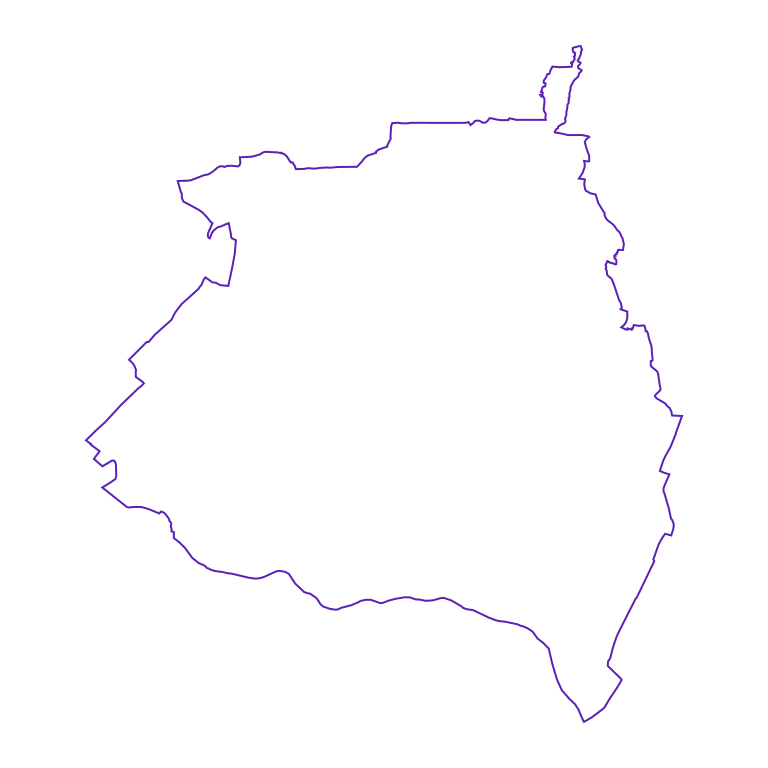 the district of Leordeni, Arges, Romania
{"feature_id": "2599482B56240389829929", "entity_name": "Leordeni", "entity_type": "district", "adm_level": 2, "iso_a3": "ROU", "parent_name": "Romania", "parent_adm1": "Arges", "projection": "equal_earth", "projection_center": [25.165, 44.787], "detail": "fine", "context": "isolated", "style": "outline", "palette": "violet", "viewbox_px": 768, "rotation_deg": 0, "n_neighbors": 0, "source": "geoboundaries", "source_scale": "gbopen_adm2", "svg_char_len": 6050}
<svg xmlns="http://www.w3.org/2000/svg" viewBox="0 0 768 768"><path d="M548.7,648.5L552.1,663.1L556.9,679.3L561.8,690.2L569.4,698.9L575.0,704.2L578.4,709.4L581.3,716.4L583.9,721.9L591.9,717.3L602.2,709.5L604.6,707.3L610.3,697.7L616.4,688.7L620.9,681.3L621.4,680.4L621.4,679.2L607.8,665.9L608.0,661.5L610.3,658.0L612.9,647.7L616.3,637.5L617.9,633.7L635.4,599.1L636.9,597.3L654.3,561.1L653.3,559.6L658.6,544.5L662.1,538.1L665.1,533.8L671.2,535.4L673.2,529.5L673.7,526.1L673.6,523.6L672.1,519.8L671.0,518.6L668.6,507.5L664.1,492.5L663.8,492.1L663.4,490.0L663.6,488.2L664.5,485.6L669.4,474.4L663.4,472.5L659.9,470.9L663.1,461.0L665.5,455.8L670.4,447.2L672.6,441.9L675.8,433.8L675.8,433.2L682.0,416.0L672.1,415.5L671.3,411.4L669.6,407.9L667.3,406.1L665.2,403.4L657.4,398.9L655.0,396.7L655.1,395.6L655.7,394.6L660.1,390.4L660.5,389.1L660.4,388.2L659.7,384.7L658.2,374.4L657.5,372.1L657.2,371.5L651.5,366.7L650.7,365.3L650.8,361.1L652.4,360.7L652.6,358.6L651.8,351.8L651.8,348.8L651.0,344.3L650.2,342.6L648.6,337.2L648.1,334.1L647.1,331.4L645.6,331.2L645.4,328.6L644.4,325.6L643.7,325.4L639.2,325.9L633.7,325.1L632.9,328.3L631.8,328.3L631.7,329.7L627.6,328.4L627.4,329.7L626.3,329.7L621.3,327.3L624.7,324.3L625.8,322.5L626.7,320.3L627.3,317.6L627.3,311.6L620.6,309.2L621.9,307.5L620.6,302.4L619.2,300.4L613.7,283.8L611.4,278.5L608.4,276.2L607.2,274.9L606.6,270.2L605.6,268.8L606.3,267.3L606.0,265.9L605.5,264.9L606.9,262.5L607.1,261.3L607.5,261.1L609.2,261.9L609.2,262.4L611.8,263.1L612.8,263.1L613.5,263.7L615.1,264.3L616.2,264.1L616.4,261.5L616.1,259.7L615.3,258.7L614.7,258.6L614.3,256.0L615.6,255.8L615.2,254.7L615.5,254.3L617.0,253.7L617.2,253.0L616.9,252.5L617.8,251.7L617.8,250.6L618.2,249.8L622.9,250.1L623.9,244.2L622.4,237.8L621.4,236.5L620.1,233.2L619.1,231.7L617.2,230.1L614.2,225.7L612.5,223.9L608.1,220.8L605.8,218.0L604.7,215.6L604.4,212.7L603.5,211.7L598.1,202.6L595.6,194.4L590.3,193.3L585.9,190.7L585.2,189.4L584.2,184.2L584.9,179.4L578.9,178.6L582.5,173.1L584.6,167.2L584.8,164.5L584.1,160.9L587.3,161.4L589.2,161.2L589.2,155.7L586.8,149.5L584.8,142.2L586.1,139.4L589.2,137.0L588.0,136.2L581.5,135.0L568.4,135.1L558.9,133.0L555.2,132.6L554.7,132.0L556.1,129.3L558.1,128.1L558.0,127.1L558.5,126.4L561.5,124.3L564.2,123.3L565.3,122.1L565.6,120.5L565.0,118.7L566.4,115.1L566.3,112.5L567.4,107.4L567.3,105.2L568.8,102.6L568.5,101.0L569.1,99.6L568.6,98.0L569.6,96.6L569.3,93.5L570.1,91.5L570.8,86.3L573.7,81.0L574.8,79.6L578.1,76.7L579.1,73.4L581.6,70.8L581.5,70.0L578.6,68.4L578.1,67.6L578.0,66.6L578.5,65.6L580.0,64.1L580.6,62.9L580.3,62.5L578.2,61.4L577.8,60.9L577.9,60.2L579.3,58.1L580.8,54.1L581.1,51.4L582.1,49.7L581.5,48.6L580.7,46.1L579.4,46.1L572.9,47.8L572.6,48.8L573.3,52.1L574.7,52.6L575.1,53.2L574.7,53.7L575.0,54.6L574.9,55.9L573.9,56.6L574.8,58.8L572.6,62.5L571.8,62.1L571.2,62.4L571.1,63.4L572.1,64.0L571.8,66.5L571.4,66.8L559.5,67.2L552.4,66.6L550.3,70.8L549.4,73.8L547.3,74.2L546.2,77.1L543.9,80.4L543.6,82.4L543.9,82.8L545.6,83.4L545.4,85.3L544.9,86.5L543.7,86.5L542.7,87.2L542.2,88.1L541.7,90.6L540.8,92.1L541.0,92.4L542.7,92.5L542.6,94.3L542.2,95.0L540.3,95.1L541.3,96.6L543.3,96.5L544.4,98.8L544.5,101.7L543.7,109.3L544.1,111.1L545.7,113.8L545.8,114.5L545.4,117.5L545.8,119.9L515.5,119.9L515.0,119.5L509.6,118.3L508.9,118.7L508.4,120.1L502.0,120.2L497.9,119.8L491.8,118.4L489.5,118.2L487.5,121.0L485.4,122.7L482.7,122.7L479.5,120.8L477.7,120.6L475.5,120.8L474.8,121.1L473.3,122.9L470.6,125.1L468.4,122.0L466.6,122.7L461.4,122.9L410.3,122.8L407.8,123.3L402.1,123.3L397.8,122.8L392.3,123.1L391.3,125.6L391.1,127.4L390.5,136.0L390.7,138.7L388.0,143.9L387.0,146.8L378.7,149.5L376.0,151.6L376.1,152.8L367.2,155.8L363.8,158.9L361.8,161.7L357.0,166.8L338.1,167.0L330.1,167.7L326.4,167.5L320.1,167.9L315.0,168.6L307.5,168.2L304.1,168.9L295.9,169.1L294.5,165.3L293.3,164.0L293.1,163.0L292.4,162.3L290.6,162.3L286.8,156.4L284.5,154.3L281.5,152.9L281.5,153.3L277.4,152.4L265.4,151.8L262.9,152.5L259.6,154.6L251.9,156.7L239.8,157.3L240.4,163.0L239.4,165.5L238.1,166.4L230.9,165.7L226.3,166.1L225.4,166.8L224.3,166.9L222.5,166.2L219.8,166.4L217.4,167.7L212.6,171.8L208.4,174.3L203.7,175.3L190.8,180.3L187.4,180.7L177.7,181.0L180.9,192.1L181.9,194.1L181.7,196.8L182.3,199.2L183.5,201.6L198.9,209.9L202.5,212.5L207.3,217.6L210.4,221.6L212.5,223.2L207.9,233.6L207.9,236.3L208.6,237.7L209.8,238.4L211.9,232.9L213.5,230.7L217.7,227.2L220.4,226.6L228.7,223.1L231.0,234.6L231.1,236.8L231.8,238.3L235.9,240.2L234.7,254.0L232.2,267.6L228.3,285.9L220.5,285.2L215.8,282.8L212.4,282.3L205.4,277.4L203.8,279.5L201.4,285.0L199.6,287.0L198.4,289.0L181.8,303.9L179.7,306.5L175.1,312.6L171.4,319.9L154.7,334.8L148.5,342.1L146.8,341.9L129.0,359.7L132.6,363.1L134.3,365.7L136.1,370.1L135.7,372.4L135.9,377.0L142.5,381.8L143.9,383.3L142.2,385.2L138.2,388.4L121.0,405.0L104.7,422.6L97.3,429.2L86.0,440.3L91.1,444.2L90.8,444.6L99.6,451.2L93.9,458.9L102.4,466.3L112.2,460.5L114.2,460.7L115.5,462.8L116.0,465.8L116.3,476.1L115.3,479.1L110.0,482.8L102.3,487.5L126.7,506.9L128.6,507.5L132.9,507.0L141.4,507.0L148.4,509.0L159.3,513.5L161.0,511.5L163.6,512.5L165.2,513.8L168.5,518.1L169.1,519.3L169.4,521.0L171.1,522.7L171.1,524.8L170.7,526.3L171.7,529.2L171.4,531.2L173.9,532.1L173.8,538.0L179.4,542.4L184.9,547.8L192.2,557.8L198.6,563.0L204.6,565.6L207.0,568.1L208.5,568.4L210.4,569.6L215.5,571.1L222.3,572.0L228.0,573.3L231.0,573.5L248.7,577.7L255.0,578.6L259.4,578.3L264.2,576.9L275.2,571.8L277.9,571.0L280.0,570.9L285.1,571.8L288.9,573.9L295.2,583.6L304.2,592.1L307.5,593.2L308.8,593.3L311.0,594.3L316.1,597.8L318.4,600.8L320.3,604.0L323.0,606.5L330.1,608.9L335.3,609.7L337.5,609.5L341.4,607.8L351.3,605.2L358.5,602.2L360.6,600.9L365.8,599.8L370.8,599.8L380.2,603.1L382.4,603.0L388.7,600.6L395.1,598.9L405.2,597.2L409.9,597.4L415.6,599.4L419.8,599.6L425.5,600.8L432.7,600.4L440.7,598.1L443.9,597.9L451.3,600.4L461.4,606.3L463.2,607.9L466.2,609.1L473.2,610.2L489.0,617.7L495.0,620.0L499.2,621.1L505.8,621.8L517.5,624.3L520.4,625.7L523.5,626.5L527.6,628.3L532.6,631.6L537.6,638.6L543.2,642.9L548.7,648.5Z" fill="none" stroke="#5b21b6" stroke-width="2"/></svg>